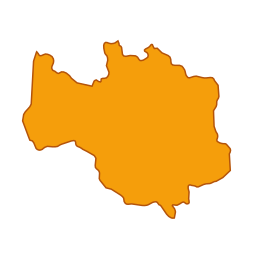 SVG path tracing the border of Telšiai, rotated 275°
{"feature_id": "LTU-936", "entity_name": "Telšiai", "entity_type": "County", "adm_level": 1, "iso_a3": "LTU", "parent_name": "Lithuania", "parent_adm1": "", "projection": "mercator", "projection_center": [22.175, 56.01], "detail": "fine", "context": "isolated", "style": "filled", "palette": "amber", "viewbox_px": 256, "rotation_deg": 275, "n_neighbors": 0, "source": "natural_earth", "source_scale": "10m", "svg_char_len": 3147}
<svg xmlns="http://www.w3.org/2000/svg" viewBox="0 0 256 256"><g transform="rotate(275 128 128)"><path d="M125.9,22.4L132.4,22.9L135.2,24.3L140.5,28.3L143.4,29.5L186.3,28.1L195.6,30.2L196.0,30.4L194.1,32.2L193.0,32.9L192.3,34.1L192.7,35.8L193.6,37.3L194.5,39.3L194.4,41.6L193.7,43.9L192.5,46.1L190.4,47.6L188.4,48.1L186.4,48.0L182.5,46.8L180.8,46.8L179.0,47.9L178.0,50.5L176.8,52.2L176.3,53.7L176.6,54.6L178.1,56.8L178.2,59.0L177.3,61.8L175.0,65.2L172.6,67.3L168.5,73.3L166.5,88.5L171.8,90.2L172.6,91.1L173.1,92.2L171.7,94.8L171.5,96.6L172.3,97.1L173.5,97.0L174.6,97.1L175.2,98.3L175.4,100.1L176.1,102.2L177.9,103.5L179.9,104.2L181.9,104.2L188.2,101.1L193.7,101.9L196.2,101.5L198.2,100.6L199.3,99.3L200.8,98.3L205.2,97.0L208.3,96.6L210.3,97.1L211.3,98.3L211.3,99.7L210.8,101.6L210.5,103.7L210.9,105.8L211.5,107.5L213.9,110.4L211.5,111.6L209.7,112.0L209.4,112.3L208.8,113.7L208.2,114.2L207.6,114.6L200.8,116.1L199.4,117.5L199.2,119.6L200.4,123.8L200.5,127.1L200.5,129.2L199.9,130.5L199.2,131.5L197.1,133.1L196.3,134.1L196.3,135.3L196.9,137.3L198.9,140.0L200.2,141.5L202.1,141.8L203.6,141.3L204.8,140.3L205.4,139.0L206.0,137.9L207.1,137.6L208.2,138.5L209.9,141.2L211.1,142.5L212.6,143.4L213.3,144.2L213.2,145.0L211.3,146.0L209.5,147.3L210.0,150.2L205.8,155.3L203.7,161.6L202.3,163.6L200.1,164.6L198.1,164.9L195.8,165.5L194.7,167.0L194.5,169.1L194.9,173.9L194.2,176.4L192.8,177.8L190.7,179.4L188.9,180.1L187.0,180.7L185.4,181.4L183.5,183.2L183.3,184.8L185.1,189.1L185.6,191.5L185.1,194.8L184.7,197.3L184.5,199.6L184.7,201.6L185.5,205.8L185.4,207.8L184.2,209.3L182.9,209.9L178.4,214.0L167.4,215.8L165.7,215.5L163.9,214.6L162.3,214.1L158.8,214.3L157.0,213.9L152.7,211.7L149.1,212.1L137.2,213.6L132.2,215.8L129.7,217.6L127.8,218.1L126.0,218.0L124.1,217.5L123.0,217.7L122.4,218.2L121.8,219.3L121.2,220.7L120.8,222.6L120.7,224.1L120.8,225.6L120.7,226.8L119.9,227.9L116.4,231.5L114.8,232.1L112.9,231.9L111.0,231.2L94.6,233.6L86.9,226.8L82.6,220.5L82.2,218.8L81.6,217.7L80.5,215.9L79.8,214.4L79.2,210.7L78.8,209.5L78.3,208.2L75.5,203.2L75.3,201.7L75.9,200.3L76.2,199.0L76.3,197.5L76.4,196.1L76.8,194.7L76.4,193.8L75.3,193.0L73.0,193.2L69.6,194.4L62.7,194.6L60.9,195.1L59.2,195.4L58.1,195.0L57.5,193.4L57.8,192.2L58.6,191.0L59.1,190.0L58.9,188.9L58.2,187.8L57.1,186.4L55.4,183.7L55.3,182.2L55.4,180.5L55.2,179.2L54.4,178.9L51.6,181.4L49.8,182.2L48.5,182.6L42.4,182.0L42.1,180.4L42.2,179.0L42.7,177.9L43.5,176.3L45.5,174.0L53.2,167.7L53.9,166.8L54.3,165.5L56.4,163.7L57.0,162.4L56.6,160.5L56.1,159.1L53.4,155.0L52.7,153.5L52.2,151.2L52.1,148.8L52.7,138.3L52.4,136.6L52.1,135.0L52.0,133.6L52.6,132.0L54.4,130.6L57.7,129.8L59.1,128.6L60.5,126.6L65.6,116.7L66.5,111.3L73.4,104.7L75.0,103.8L80.6,103.6L82.1,103.1L83.3,102.1L84.7,100.1L85.9,99.0L87.9,98.6L95.0,98.7L96.6,97.6L97.7,96.6L101.2,89.0L102.9,84.7L103.6,83.6L104.5,81.8L105.4,79.0L106.4,77.9L107.7,77.3L109.2,77.1L110.4,76.5L110.8,75.3L110.2,72.8L106.0,63.1L105.2,61.7L103.5,59.4L103.0,57.4L102.7,54.7L102.7,49.3L101.7,47.1L100.4,45.5L99.3,44.5L98.5,42.9L98.2,41.4L98.7,39.5L99.7,38.2L104.9,35.5L106.8,33.9L107.3,31.3L109.9,30.0L125.9,22.4Z" fill="#f59e0b" stroke="#b45309" stroke-width="1.5"/></g></svg>